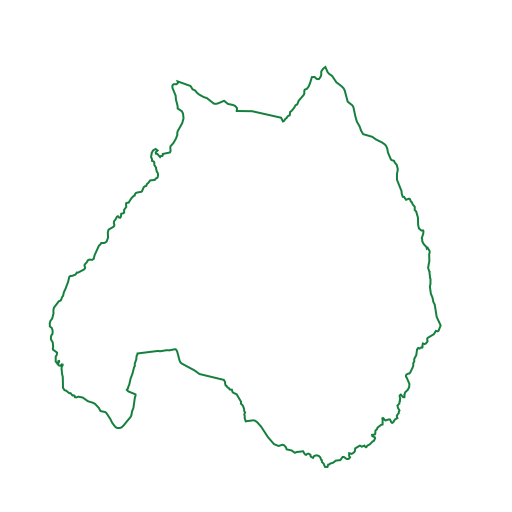 outline of Chiuta, Tete, Mozambique, rotated 189°
{"feature_id": "85939544B4853369515096", "entity_name": "Chiuta", "entity_type": "district", "adm_level": 2, "iso_a3": "MOZ", "parent_name": "Mozambique", "parent_adm1": "Tete", "projection": "equal_earth", "projection_center": [33.513, -15.51], "detail": "fine", "context": "isolated", "style": "outline", "palette": "green", "viewbox_px": 512, "rotation_deg": 189, "n_neighbors": 0, "source": "geoboundaries", "source_scale": "gbopen_adm2", "svg_char_len": 5958}
<svg xmlns="http://www.w3.org/2000/svg" viewBox="0 0 512 512"><g transform="rotate(189 256 256)"><path d="M129.5,363.9L131.3,368.1L133.5,369.9L134.6,371.6L137.0,371.9L137.9,372.5L141.9,378.9L143.2,382.7L144.9,385.3L146.3,386.4L149.4,387.9L155.8,389.9L159.8,391.9L169.2,393.1L171.8,396.2L174.0,400.3L177.4,404.5L179.8,409.7L183.1,418.3L184.3,419.8L189.6,422.8L194.3,433.4L195.7,435.3L198.1,437.1L203.9,440.2L208.8,445.6L212.4,447.4L214.1,448.9L217.0,453.5L218.7,451.8L220.1,449.3L220.4,448.1L219.9,445.5L220.2,443.2L221.5,440.6L223.6,440.3L226.2,442.0L228.8,441.4L229.7,435.0L230.6,431.4L231.9,429.1L233.9,427.9L234.1,426.4L233.7,424.1L234.1,422.5L238.1,416.1L239.0,412.2L240.6,411.0L241.4,408.6L243.4,405.1L244.8,403.6L244.7,400.3L246.6,398.9L247.3,397.2L248.5,395.9L249.6,393.6L250.5,393.1L252.8,396.5L282.5,398.4L297.7,396.2L297.9,399.1L300.1,401.0L302.7,401.6L307.5,401.8L311.8,404.3L317.4,400.8L319.4,400.0L321.4,399.9L329.3,404.3L332.7,404.8L337.7,406.7L340.1,408.2L341.9,409.9L344.7,410.7L347.3,413.7L360.8,416.2L360.2,414.9L360.6,414.0L361.5,413.2L364.1,412.8L365.0,412.0L365.2,410.6L364.6,408.6L360.4,401.7L359.6,398.1L356.9,391.9L356.4,389.4L351.9,387.4L350.4,385.3L349.1,380.7L349.7,375.5L352.9,367.0L353.0,364.5L352.6,363.4L353.5,359.2L355.4,354.4L357.6,351.0L357.6,349.6L356.8,346.3L357.2,344.8L364.0,342.2L363.8,341.3L364.1,340.2L365.5,339.9L366.2,338.7L369.3,341.3L370.8,341.4L371.3,342.7L369.7,344.8L371.9,346.0L374.1,344.3L375.1,341.6L375.1,337.2L373.8,335.4L373.6,333.7L371.8,333.3L371.2,332.7L370.6,329.9L368.4,327.5L368.3,326.2L367.5,324.9L367.3,323.8L366.1,322.8L365.4,320.8L365.4,318.7L365.8,317.7L367.0,316.9L367.9,315.3L372.4,314.1L373.7,311.5L374.8,310.3L375.5,307.9L376.8,307.4L377.7,306.3L378.7,302.2L379.6,301.3L382.9,300.3L384.6,299.3L385.2,298.1L385.3,296.7L386.1,296.3L388.0,293.8L390.2,288.7L392.3,288.2L392.5,286.9L391.8,284.2L393.5,280.9L393.0,278.3L393.6,277.5L395.7,276.7L395.6,274.0L396.0,272.6L397.1,272.5L398.6,273.7L399.5,273.0L400.6,269.8L401.6,268.2L401.6,266.3L400.8,264.7L400.7,263.6L401.5,262.4L405.5,259.2L405.9,258.1L406.0,255.8L405.0,251.1L405.8,246.9L407.6,245.2L410.9,244.6L411.6,242.9L412.7,241.8L415.6,231.3L415.8,227.9L417.1,226.6L420.0,226.4L421.5,225.4L421.8,224.0L423.9,220.6L423.9,219.7L422.9,217.7L423.5,216.0L429.2,211.7L430.3,211.7L431.4,209.4L434.7,207.5L436.2,207.3L437.2,206.0L437.5,201.3L439.0,193.9L440.1,190.1L440.3,186.5L440.9,185.6L441.9,181.5L443.7,180.4L447.4,173.5L447.7,171.2L447.0,167.5L447.5,162.4L448.9,159.7L449.2,157.4L448.6,154.2L446.6,153.1L445.4,151.0L444.9,148.9L444.9,147.0L445.7,145.6L445.9,144.2L445.5,141.6L443.2,138.8L442.1,134.4L442.2,132.6L441.9,131.8L437.4,129.5L437.3,127.1L438.1,125.2L437.3,120.4L435.7,119.0L434.7,120.1L434.7,121.3L434.1,121.5L433.9,120.8L434.8,118.0L433.6,117.1L432.0,117.0L430.9,118.6L430.0,118.5L429.9,117.7L430.5,116.3L430.5,114.6L429.0,108.9L427.9,106.3L426.0,95.6L424.1,93.5L422.5,93.3L419.0,91.3L417.7,91.5L415.4,89.5L414.2,89.9L413.2,89.4L412.8,88.2L411.2,88.3L409.3,89.3L405.0,89.1L399.4,86.3L394.0,85.5L391.9,84.8L387.5,81.4L385.3,78.5L380.6,78.3L379.1,77.4L374.3,72.1L371.9,68.7L368.1,65.1L366.3,64.4L363.5,64.8L361.8,65.9L360.4,67.7L354.6,77.6L354.2,79.1L354.1,83.1L353.3,86.8L353.5,97.3L353.1,99.3L353.4,100.5L361.0,102.3L362.7,103.6L361.7,105.3L361.7,106.9L361.1,108.7L360.7,115.1L359.6,120.6L359.0,127.1L358.5,128.2L358.9,130.9L358.1,134.9L358.3,138.8L357.7,140.1L357.8,141.2L337.6,147.0L336.1,146.8L329.5,149.0L327.1,149.2L321.3,151.3L320.4,151.1L319.0,149.5L315.0,140.5L313.7,138.8L311.8,137.9L298.9,133.4L293.4,130.6L268.4,128.6L266.8,126.7L266.6,125.2L265.7,123.3L264.9,123.2L263.6,121.7L262.1,121.3L261.1,120.0L258.9,120.2L258.0,118.1L257.1,117.4L253.5,116.4L247.9,109.6L247.8,107.8L245.8,106.4L244.0,103.5L243.3,100.8L242.3,99.8L242.8,97.5L242.1,96.3L241.8,94.0L240.3,91.1L233.0,93.3L231.2,93.2L228.7,91.9L224.3,88.3L215.9,79.0L208.8,73.0L203.9,71.9L200.4,73.7L198.7,73.5L196.5,71.7L195.5,69.8L190.4,69.5L186.8,67.7L185.3,68.7L178.9,70.5L177.2,68.3L176.1,67.5L175.4,67.4L174.4,68.6L173.2,69.0L171.2,68.2L170.6,66.5L168.1,65.5L167.4,67.4L166.7,67.9L164.9,68.6L162.8,68.4L160.9,67.1L160.0,65.1L159.0,64.6L158.7,62.9L156.6,61.4L154.9,58.5L152.4,58.8L152.1,61.2L150.9,61.6L150.5,62.4L147.4,64.0L145.1,66.4L140.8,67.6L139.0,71.1L137.6,71.2L134.6,69.7L132.7,70.1L131.6,71.9L132.8,73.2L133.1,75.8L130.6,75.5L128.6,77.2L127.8,78.7L127.9,81.5L123.7,85.0L121.7,84.2L119.3,85.7L117.8,84.3L117.2,84.4L116.3,86.2L114.2,87.7L111.8,91.1L110.6,91.9L109.9,94.5L110.2,95.4L113.0,96.4L113.4,97.5L110.7,98.3L110.4,99.0L110.7,102.4L109.4,103.7L109.2,105.4L106.1,108.7L104.6,109.4L105.3,113.9L105.8,115.1L105.6,115.7L104.9,115.8L103.0,114.0L102.4,113.8L99.5,115.3L98.1,115.5L96.2,112.8L95.4,112.4L94.3,113.5L93.3,116.1L91.0,118.1L91.6,118.7L91.9,120.5L90.4,123.2L90.6,124.4L90.1,125.8L91.9,128.0L92.9,130.4L91.3,132.7L91.5,134.1L91.0,135.2L91.4,135.7L91.3,137.8L92.2,139.8L92.2,140.8L91.3,141.8L88.7,139.6L87.4,139.7L87.3,140.6L87.8,142.2L87.5,142.6L87.6,143.7L87.2,144.9L85.2,147.5L84.2,150.4L84.5,153.7L88.3,159.7L88.9,160.1L89.2,161.4L88.8,162.5L87.1,163.7L86.3,163.8L85.5,164.9L84.1,169.5L83.5,172.1L83.9,174.9L83.2,176.3L83.6,179.1L82.2,183.1L82.3,188.9L81.4,190.6L80.2,190.1L78.6,191.5L77.5,191.5L77.2,192.3L77.6,193.3L77.5,195.7L75.6,195.4L74.6,196.1L73.2,198.4L74.0,200.8L73.6,202.0L68.1,206.6L66.6,210.2L64.8,210.0L64.0,210.7L62.8,216.3L68.0,224.1L71.9,236.0L73.7,238.5L75.2,242.6L77.4,246.1L79.5,253.1L79.3,255.6L80.1,260.8L80.9,261.9L80.9,262.9L82.0,266.3L82.0,267.6L82.8,268.4L84.2,271.4L84.0,278.1L85.3,285.3L85.0,286.6L85.3,288.0L87.7,290.9L88.4,290.0L89.1,291.5L92.3,294.1L94.2,296.7L94.5,298.7L95.1,299.5L94.3,304.2L94.5,306.8L95.0,307.4L96.6,307.0L99.4,308.7L100.8,312.3L102.0,319.1L104.8,325.1L106.4,326.2L106.9,329.4L109.3,331.5L110.4,333.4L111.5,334.0L112.8,336.2L113.8,336.6L116.6,335.0L119.0,337.5L120.3,337.4L121.8,340.3L122.4,342.8L128.7,353.4L129.6,359.2L129.5,363.9Z" fill="none" stroke="#15803d" stroke-width="2"/></g></svg>